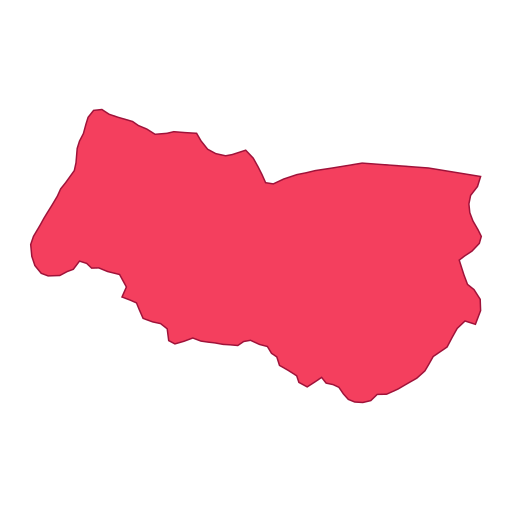 the district of Cajobi, São Paulo, Brazil
{"feature_id": "56859067B15563868354726", "entity_name": "Cajobi", "entity_type": "district", "adm_level": 2, "iso_a3": "BRA", "parent_name": "Brazil", "parent_adm1": "São Paulo", "projection": "mercator", "projection_center": [-48.85, -20.875], "detail": "fine", "context": "isolated", "style": "filled", "palette": "rose", "viewbox_px": 512, "rotation_deg": 0, "n_neighbors": 0, "source": "geoboundaries", "source_scale": "gbopen_adm2", "svg_char_len": 1664}
<svg xmlns="http://www.w3.org/2000/svg" viewBox="0 0 512 512"><path d="M155.1,134.3L146.9,129.1L138.3,125.5L132.6,121.5L118.1,117.3L109.2,114.3L101.9,109.5L93.6,110.4L88.1,117.3L86.0,124.0L83.4,133.6L79.5,141.1L77.2,148.4L76.0,162.8L74.3,170.6L65.6,182.7L60.7,188.8L57.4,196.1L52.1,205.0L47.3,212.7L43.9,218.3L40.1,225.2L33.5,236.3L30.7,244.5L31.8,256.3L34.9,265.6L41.2,273.3L48.1,275.9L59.8,275.5L67.3,271.5L73.3,269.3L79.5,261.1L86.7,263.4L91.6,268.1L98.8,267.9L107.5,271.5L119.6,274.5L126.4,287.0L122.0,297.0L129.9,300.0L136.5,302.9L139.2,309.5L143.1,318.4L152.7,321.9L160.6,323.6L167.2,328.8L168.7,340.6L174.9,343.9L183.9,341.3L192.8,338.0L201.0,341.1L208.0,342.1L214.9,342.9L223.2,344.4L230.1,344.8L237.8,345.5L243.7,341.5L250.5,340.3L259.4,344.4L267.4,346.5L271.5,353.3L276.8,356.9L279.5,365.4L288.1,370.3L296.7,375.8L298.9,382.4L307.2,386.9L314.8,382.0L321.6,377.4L326.1,383.1L333.1,384.6L338.9,387.3L343.4,393.9L348.3,399.4L354.7,402.0L362.8,402.5L370.8,400.6L377.2,394.4L386.6,394.2L398.1,389.0L405.4,384.7L416.9,378.1L424.9,370.9L428.8,364.3L433.2,356.5L447.1,347.0L452.2,337.3L457.2,328.4L465.0,321.0L475.4,324.3L480.6,310.6L480.2,299.3L474.0,289.6L467.5,284.4L463.9,274.8L459.2,260.1L464.7,255.9L472.0,251.1L479.3,243.4L481.3,236.4L478.2,230.1L472.9,220.9L469.8,212.7L468.9,203.9L470.6,195.4L477.5,186.5L480.6,176.5L428.5,168.0L362.1,163.1L332.4,168.0L315.2,170.6L306.1,172.8L296.9,174.6L283.7,179.0L273.3,183.9L265.6,182.7L262.0,174.6L258.1,166.9L253.2,158.1L245.7,150.2L232.1,154.6L225.6,155.8L215.7,153.6L207.6,149.2L201.0,140.9L196.6,133.3L185.1,132.6L173.8,131.7L167.0,133.3L155.1,134.3Z" fill="#f43f5e" stroke="#9f1239" stroke-width="1.5"/></svg>